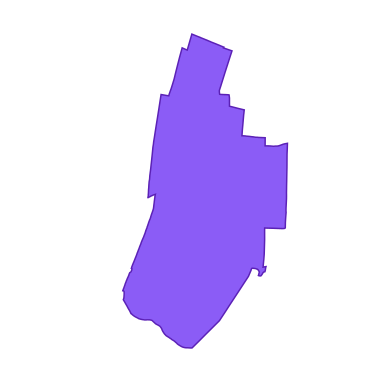 Ciohorani, Iasi, Romania (Mercator projection), rotated 133°
{"feature_id": "2599482B37137695584256", "entity_name": "Ciohorani", "entity_type": "district", "adm_level": 2, "iso_a3": "ROU", "parent_name": "Romania", "parent_adm1": "Iasi", "projection": "mercator", "projection_center": [26.705, 47.134], "detail": "fine", "context": "isolated", "style": "filled", "palette": "violet", "viewbox_px": 384, "rotation_deg": 133, "n_neighbors": 0, "source": "geoboundaries", "source_scale": "gbopen_adm2", "svg_char_len": 5625}
<svg xmlns="http://www.w3.org/2000/svg" viewBox="0 0 384 384"><g transform="rotate(133 192 192)"><path d="M306.0,85.6L296.4,85.2L286.8,84.9L268.1,84.2L267.3,84.2L256.6,86.0L250.5,87.1L233.6,90.0L215.1,93.2L212.7,94.1L212.1,94.3L211.8,94.4L210.3,95.0L209.6,95.2L209.2,95.3L208.8,95.6L207.6,96.1L206.8,96.1L205.9,95.0L204.8,93.5L204.4,92.7L204.0,91.6L203.8,91.3L203.8,90.9L204.1,89.8L204.3,88.9L204.4,88.6L204.6,88.2L204.8,88.1L206.4,87.2L207.1,86.8L207.8,86.5L207.5,85.7L206.9,85.0L206.6,84.6L206.2,84.4L205.1,84.5L204.4,84.6L203.8,84.7L203.2,84.9L202.3,85.0L201.7,85.0L200.6,84.3L199.4,84.9L198.4,85.6L197.8,86.0L197.1,86.5L196.1,87.0L196.8,87.6L197.2,87.8L197.4,88.0L198.0,88.4L198.4,88.7L198.5,88.8L198.3,88.9L193.4,92.7L192.7,93.2L188.2,96.8L184.1,100.4L177.3,106.4L171.0,112.3L168.8,114.3L162.9,107.6L157.1,100.9L155.7,99.6L155.3,99.4L155.0,99.3L154.8,99.3L154.5,99.4L150.5,103.0L146.6,106.2L142.7,109.3L141.8,110.3L139.6,112.3L135.8,115.5L132.5,118.3L130.2,120.4L128.0,122.5L125.0,125.2L122.8,127.2L120.9,128.9L120.1,129.6L114.0,135.1L109.3,139.3L99.4,148.4L95.3,151.9L91.3,155.4L92.5,156.3L94.2,157.5L95.0,158.0L96.1,158.5L96.5,158.7L97.2,159.1L98.6,159.8L99.1,160.1L99.7,160.5L100.7,161.4L101.2,162.0L102.3,163.0L102.9,163.5L105.0,166.2L106.2,167.6L108.4,170.0L102.4,175.5L107.0,180.9L107.3,181.4L108.8,183.1L109.6,184.4L110.2,185.2L110.8,186.0L111.4,186.8L111.8,187.4L111.9,187.6L112.5,188.3L113.0,189.0L113.9,190.1L114.7,191.3L116.5,193.5L116.8,193.8L112.0,197.7L107.1,201.5L103.3,204.5L100.1,207.0L99.1,207.7L98.2,208.4L96.3,209.8L99.3,215.1L102.5,221.0L103.7,223.1L99.2,227.3L97.8,228.6L97.7,228.7L96.7,229.9L95.7,231.1L95.8,231.3L96.9,232.7L98.0,234.0L98.6,234.6L98.7,234.8L100.0,236.3L101.1,237.6L101.3,237.9L101.7,238.4L101.5,238.7L99.9,240.5L99.0,241.3L94.5,243.4L91.4,244.9L81.4,249.7L71.8,254.2L66.7,256.6L61.5,259.0L65.2,267.3L64.5,267.6L64.4,267.6L65.5,270.5L66.0,271.9L66.7,273.7L67.0,274.5L67.4,275.6L68.2,277.6L69.3,280.4L69.5,281.1L69.8,281.9L76.6,299.8L90.8,292.6L91.5,292.3L93.3,297.5L101.7,293.1L108.5,289.4L114.5,286.1L121.6,282.1L126.5,279.7L130.9,277.6L131.4,277.4L133.5,276.5L135.8,275.5L137.1,274.8L137.5,274.6L139.0,276.8L139.9,278.2L140.3,278.8L141.8,281.1L153.4,273.2L158.0,270.1L161.4,267.8L167.5,263.7L174.0,259.3L177.8,256.7L181.1,254.5L181.7,254.1L182.3,253.6L183.0,253.1L183.7,252.6L185.8,251.2L190.6,247.5L196.7,242.9L198.7,241.4L200.2,240.3L201.9,239.0L204.6,237.0L206.3,235.8L208.8,234.0L211.5,231.8L213.8,230.3L216.3,228.3L218.2,226.7L219.9,225.4L220.7,224.7L221.4,224.1L222.7,223.0L223.5,222.4L224.5,221.5L225.2,221.0L226.0,220.6L226.1,220.3L224.9,219.9L224.5,219.7L223.6,219.4L222.9,219.2L222.2,218.9L221.6,218.6L220.7,218.3L220.1,218.0L219.5,217.6L218.7,217.2L219.4,216.8L220.1,216.3L220.7,216.0L221.2,215.5L222.2,214.9L223.1,214.2L224.4,213.3L225.3,212.6L226.0,212.1L227.8,210.8L229.0,209.9L230.1,209.1L230.6,208.8L231.2,208.5L231.6,208.3L232.4,207.9L233.3,207.5L234.9,206.8L236.1,206.3L236.9,205.9L238.0,205.4L238.7,205.0L239.1,204.8L239.6,204.6L240.4,204.2L241.2,204.0L242.1,203.6L242.9,203.3L243.8,202.9L244.3,202.7L245.0,202.3L245.8,202.0L246.2,201.8L246.8,201.5L247.6,201.2L248.3,200.9L248.7,200.6L249.2,200.4L250.1,200.1L250.8,199.8L251.8,199.4L252.4,199.1L252.8,198.9L253.8,198.4L254.4,198.1L255.1,197.9L255.5,197.7L256.3,197.4L257.0,197.1L257.7,196.8L258.2,196.6L258.8,196.4L259.4,196.2L260.5,195.8L261.1,195.6L261.9,195.3L262.7,195.0L263.5,194.7L264.3,194.3L264.9,194.0L265.3,193.9L266.0,193.6L266.8,193.3L267.2,193.2L268.3,192.7L269.2,192.3L269.9,192.0L270.3,191.9L271.5,191.4L272.9,190.8L273.8,190.5L274.7,190.1L275.1,189.9L276.3,189.4L278.1,188.7L279.2,188.3L280.4,187.8L281.5,187.4L282.4,187.0L283.1,186.8L283.9,186.5L284.7,186.2L285.5,185.9L286.7,185.4L287.5,185.1L288.1,184.8L288.5,184.6L288.9,184.4L289.2,184.3L289.1,184.0L289.0,183.9L289.0,183.7L289.7,183.2L290.2,182.8L290.9,182.6L291.6,182.3L291.9,182.2L292.7,182.3L293.4,182.5L294.9,182.0L295.9,181.5L297.8,180.8L298.8,180.5L299.9,180.1L301.1,179.6L302.1,179.3L302.8,178.9L303.7,178.6L304.5,178.3L305.1,178.0L305.7,177.7L306.4,177.4L307.8,176.8L308.7,176.4L309.2,176.2L309.8,176.0L310.2,175.8L310.6,175.5L311.1,175.5L311.4,175.3L311.2,175.1L311.0,174.8L311.0,174.4L311.1,174.0L311.3,173.6L312.4,172.5L313.4,171.6L314.5,170.7L315.5,169.9L316.4,169.3L317.2,169.0L317.6,168.8L318.0,167.5L318.5,165.7L318.9,164.6L319.4,162.9L319.7,161.9L320.1,160.8L320.3,160.1L320.6,159.4L320.8,158.6L321.0,158.1L321.2,157.2L321.4,156.6L321.7,155.8L321.9,155.2L322.3,154.4L322.5,153.7L322.3,153.6L322.3,153.4L322.4,153.1L322.4,152.4L322.4,151.7L322.3,150.4L322.1,149.1L321.9,148.2L321.7,147.5L321.4,146.4L321.2,145.9L321.1,145.1L320.9,144.4L320.7,144.1L320.6,143.8L320.2,143.1L319.8,142.3L319.5,141.9L319.3,141.5L318.8,140.8L318.3,140.1L317.8,139.3L316.7,138.2L316.0,137.6L315.2,136.7L314.3,135.7L313.9,135.0L313.5,134.3L313.2,133.7L313.2,133.4L313.2,133.0L313.2,132.2L313.2,131.4L313.2,130.6L313.2,130.0L313.2,128.9L313.1,128.2L312.9,127.5L312.8,127.1L312.5,126.1L312.3,125.2L312.2,124.7L312.1,124.2L312.1,123.7L312.2,122.8L312.4,122.2L312.4,121.8L312.6,121.2L312.8,120.7L313.1,120.1L313.5,119.3L313.7,118.7L313.8,118.4L314.0,117.7L314.1,117.3L314.3,116.6L314.4,116.0L314.6,115.2L314.6,114.5L314.7,113.3L314.7,112.8L314.6,112.2L314.4,111.4L314.3,110.6L314.1,109.8L314.0,108.9L313.9,108.2L313.7,107.2L313.7,106.4L313.6,105.8L313.4,104.9L313.2,103.9L313.1,103.4L313.1,102.9L313.0,102.6L313.1,101.8L313.0,100.8L313.0,100.0L313.1,99.1L312.9,97.5L312.5,95.6L312.2,94.3L311.8,93.1L311.3,92.1L310.6,90.9L309.9,90.0L309.1,89.2L308.3,88.2L307.3,87.0L306.8,86.4L306.0,85.6Z" fill="#8b5cf6" stroke="#5b21b6" stroke-width="1.5"/></g></svg>